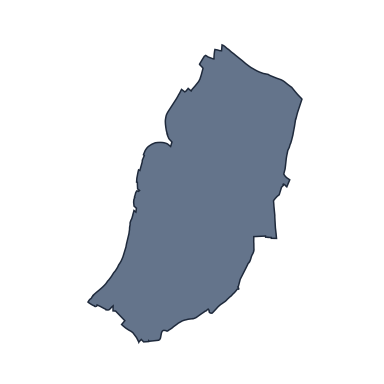 the district of Simpelveld, Limburg, Netherlands, rotated 251°
{"feature_id": "6326949B7850161968800", "entity_name": "Simpelveld", "entity_type": "district", "adm_level": 2, "iso_a3": "NLD", "parent_name": "Netherlands", "parent_adm1": "Limburg", "projection": "equal_earth", "projection_center": [5.98, 50.831], "detail": "fine", "context": "isolated", "style": "filled", "palette": "slate", "viewbox_px": 384, "rotation_deg": 251, "n_neighbors": 0, "source": "geoboundaries", "source_scale": "gbopen_adm2", "svg_char_len": 5833}
<svg xmlns="http://www.w3.org/2000/svg" viewBox="0 0 384 384"><g transform="rotate(251 192 192)"><path d="M120.7,58.5L119.8,59.2L118.4,60.3L117.5,61.1L116.6,62.0L116.2,62.6L115.7,62.6L115.2,63.2L115.1,64.7L116.1,65.5L113.7,68.0L110.9,70.6L109.0,72.4L108.6,72.3L107.8,74.1L107.7,74.8L107.7,75.3L108.0,76.1L108.3,76.8L109.3,78.5L110.0,80.3L105.3,78.6L104.8,79.8L104.6,80.2L104.3,81.0L92.2,86.6L91.8,86.0L91.4,85.2L90.7,84.1L90.4,83.5L89.9,82.7L89.7,82.5L89.6,82.3L88.1,83.1L87.1,83.7L85.3,84.8L84.3,85.5L82.4,87.0L82.0,87.3L80.7,88.5L80.0,89.1L78.5,90.1L78.2,90.3L77.6,90.5L75.7,91.1L73.5,91.8L72.2,92.2L70.7,92.4L69.2,92.6L67.6,92.8L67.3,92.8L67.5,93.0L68.0,94.0L68.4,94.6L68.7,95.4L69.1,96.0L66.4,97.3L66.0,97.5L64.7,102.3L65.0,102.4L65.0,102.6L65.3,102.7L65.1,102.8L64.9,102.9L64.8,103.0L62.9,111.2L62.8,111.9L62.7,112.2L62.8,112.6L62.9,113.0L63.0,113.4L63.3,113.7L63.5,114.0L63.8,114.3L64.1,114.6L68.8,117.3L69.2,117.7L69.6,118.0L69.9,118.3L70.1,118.6L70.2,118.9L70.3,119.1L70.4,119.4L70.4,119.8L70.4,120.1L70.3,120.5L69.8,121.5L69.4,122.2L69.1,122.5L68.8,122.8L68.4,123.0L68.2,123.0L68.4,123.1L68.6,124.1L68.8,124.5L69.0,125.2L69.2,126.1L69.5,127.4L69.8,128.6L70.0,129.1L70.4,130.1L70.7,130.8L71.8,134.5L72.2,135.6L72.4,136.1L72.6,137.1L72.7,137.8L72.8,138.3L73.1,139.9L73.3,141.0L73.3,141.5L73.3,143.2L73.1,144.9L73.0,146.2L72.9,147.2L72.1,150.9L72.1,151.2L71.9,151.3L71.8,151.6L71.8,152.2L71.8,152.7L71.8,153.5L71.9,154.8L72.1,155.6L73.7,160.8L73.7,161.1L74.0,161.9L74.2,162.9L74.6,164.1L74.6,164.5L74.8,164.8L75.0,165.4L75.1,165.6L74.9,166.3L76.0,168.9L76.0,169.2L75.7,169.3L74.8,169.5L74.5,169.5L74.2,169.6L73.6,169.4L73.4,169.3L73.1,169.2L72.5,169.3L71.9,169.7L71.5,170.1L71.0,171.2L70.9,171.4L70.9,171.5L71.5,172.8L73.6,176.8L74.8,178.9L75.3,180.0L75.6,180.7L76.2,182.2L76.4,182.8L76.8,184.4L77.3,186.1L77.7,187.6L78.0,188.4L78.5,189.5L78.7,189.8L79.3,190.9L79.5,191.5L79.7,192.0L80.2,192.9L80.4,193.5L80.7,194.3L80.8,194.8L81.4,196.0L82.1,197.2L82.5,198.1L82.6,198.4L83.1,199.4L83.6,200.3L84.0,201.0L84.9,202.4L85.2,202.8L85.4,203.4L85.4,203.5L85.2,203.9L85.0,204.2L85.0,204.5L85.7,204.8L85.8,204.8L86.3,204.7L87.3,204.4L87.8,205.2L90.8,207.2L93.8,209.2L102.3,218.0L105.7,221.4L106.2,221.8L106.5,222.6L107.1,223.5L107.2,223.4L107.9,224.3L108.4,224.8L108.8,225.1L109.7,225.8L111.3,226.9L112.4,227.8L113.2,228.6L113.9,229.4L114.4,229.9L115.5,230.8L116.1,231.2L116.4,231.2L116.5,231.4L117.0,231.7L117.6,231.9L119.0,232.3L120.5,232.8L123.2,233.7L124.7,234.1L129.7,235.9L126.4,247.2L125.3,246.9L124.5,249.1L124.3,249.1L123.2,252.2L122.4,251.9L120.6,256.8L125.1,257.9L131.0,259.2L141.3,262.1L143.0,262.7L152.2,264.9L153.2,265.2L157.1,266.2L157.3,266.3L158.8,268.6L160.1,271.0L160.4,271.7L160.8,273.1L161.1,273.6L166.4,277.5L167.3,278.1L168.7,280.9L169.6,280.6L169.8,280.9L169.6,281.3L169.4,281.5L168.5,282.1L167.6,282.5L166.6,282.9L166.0,283.3L171.7,288.4L174.8,286.1L176.7,285.2L178.9,284.6L179.4,284.8L182.0,286.5L183.6,287.6L183.9,287.7L186.1,288.8L193.1,292.1L195.7,293.5L197.5,294.6L200.1,296.1L200.8,296.8L201.6,297.6L202.4,298.4L205.1,300.3L206.1,301.3L208.8,303.2L213.1,306.0L214.6,306.8L220.9,310.4L227.0,313.6L227.3,313.8L227.2,314.0L230.9,316.4L232.7,317.6L244.0,326.2L244.4,326.1L248.3,324.3L250.1,323.5L253.4,322.2L256.4,321.1L258.6,320.3L259.5,319.6L262.6,317.5L266.0,315.4L267.1,314.6L267.6,314.2L269.2,312.7L271.7,309.5L274.2,306.6L276.9,303.5L278.4,302.3L281.0,297.8L281.7,297.0L283.4,294.9L285.1,293.1L286.6,291.7L290.6,288.2L293.0,286.5L296.0,284.5L299.8,282.3L302.3,280.7L306.9,277.8L309.1,276.5L311.4,274.9L315.2,272.8L315.6,272.3L316.8,271.6L319.1,270.3L320.3,269.4L321.3,268.3L315.9,265.9L316.7,264.1L317.9,262.5L318.8,260.9L319.3,260.1L318.0,259.3L315.4,258.0L312.1,256.6L310.7,256.1L310.8,255.7L311.2,255.1L314.4,251.2L316.1,249.9L316.7,249.4L316.3,247.8L313.7,244.6L313.0,243.8L310.5,240.8L309.9,241.0L309.8,240.8L307.9,241.7L306.8,242.2L305.4,242.7L300.0,239.1L298.1,237.7L297.2,237.0L296.1,236.2L295.5,235.5L294.7,234.7L294.0,233.8L292.3,231.1L291.1,229.2L289.0,225.5L287.8,224.1L290.5,222.5L291.2,222.1L290.9,221.7L290.7,221.4L290.1,220.3L289.7,219.8L289.5,219.4L289.3,218.8L289.0,217.8L292.4,215.5L289.4,212.4L288.3,211.0L287.3,210.0L285.3,207.7L283.5,205.4L275.5,195.2L273.7,193.3L272.4,192.3L270.7,191.3L268.6,190.2L267.3,189.7L264.9,189.0L262.2,188.4L260.0,188.0L258.1,187.7L256.2,187.6L254.8,187.6L254.9,187.3L252.7,187.3L251.8,187.4L250.9,187.4L250.3,187.5L249.4,187.7L248.9,187.9L248.1,188.3L245.8,189.3L242.0,186.6L244.4,185.1L245.4,184.5L246.5,183.3L247.8,181.4L248.5,180.0L249.3,178.0L250.0,175.6L250.5,173.3L250.5,173.2L250.3,170.1L250.2,169.3L250.0,168.5L249.3,165.8L249.0,165.1L248.8,164.6L248.3,163.7L247.1,162.0L246.3,161.1L246.0,160.8L243.0,158.2L242.0,158.8L238.3,155.4L236.6,154.7L229.3,149.7L230.3,148.7L229.3,148.0L227.3,146.8L225.2,145.6L223.1,144.4L220.8,143.4L219.4,142.8L219.0,143.5L215.5,142.4L212.7,141.6L210.5,142.9L210.0,141.6L211.0,140.4L210.7,140.1L210.8,139.8L210.3,139.3L209.6,138.5L207.6,137.2L205.9,135.9L205.5,136.1L204.5,135.2L203.6,134.5L201.4,133.5L198.4,132.8L197.5,132.6L196.5,133.2L195.3,133.8L194.8,134.2L191.3,132.4L193.4,131.1L192.0,130.2L191.0,129.5L190.0,128.8L189.0,128.2L188.0,127.5L187.0,126.8L186.1,126.1L185.3,125.2L184.4,124.5L183.5,123.7L182.4,123.2L181.2,122.8L179.3,121.7L179.0,121.6L178.7,121.4L177.1,120.8L176.6,120.6L175.1,119.8L173.5,119.0L172.8,118.6L172.0,118.1L164.0,113.0L161.6,111.7L153.2,105.6L151.4,104.0L149.7,102.4L148.2,100.6L146.9,98.9L145.2,97.3L143.7,95.5L142.3,93.7L141.2,91.8L139.8,90.0L139.0,89.1L137.7,87.3L137.1,86.4L136.5,85.5L135.9,84.6L135.1,83.0L134.8,82.7L133.4,80.8L132.3,78.8L131.2,76.5L130.6,75.1L129.4,72.1L128.3,69.1L126.5,64.8L126.2,64.9L126.1,64.5L125.7,63.9L125.2,63.1L124.6,62.6L124.1,61.7L123.8,60.6L123.3,59.7L122.0,58.0L121.8,57.8L120.7,58.5Z" fill="#64748b" stroke="#1e293b" stroke-width="1.5"/></g></svg>